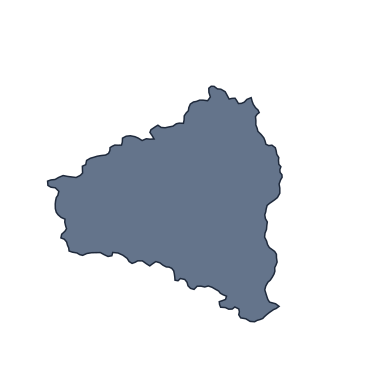 São Sebastião do Oeste, Minas Gerais, Brazil (Robinson projection), rotated 299°
{"feature_id": "56859067B21325416614515", "entity_name": "São Sebastião do Oeste", "entity_type": "district", "adm_level": 2, "iso_a3": "BRA", "parent_name": "Brazil", "parent_adm1": "Minas Gerais", "projection": "robinson", "projection_center": [-45.047, -20.253], "detail": "fine", "context": "isolated", "style": "filled", "palette": "slate", "viewbox_px": 384, "rotation_deg": 299, "n_neighbors": 0, "source": "geoboundaries", "source_scale": "gbopen_adm2", "svg_char_len": 3076}
<svg xmlns="http://www.w3.org/2000/svg" viewBox="0 0 384 384"><g transform="rotate(299 192 192)"><path d="M131.5,60.4L127.9,62.8L127.8,66.3L129.4,70.4L128.0,75.2L124.0,76.3L121.4,76.0L118.3,76.9L115.2,78.2L111.1,80.6L108.5,83.1L107.2,85.8L106.3,89.9L106.7,94.1L104.0,95.3L101.3,97.7L99.0,100.1L96.1,99.9L91.9,98.5L88.3,99.6L88.8,103.2L87.5,106.6L85.0,109.0L83.3,111.3L80.8,113.1L81.4,116.6L82.9,120.9L82.8,124.2L83.6,127.1L87.2,129.8L90.2,133.6L92.4,137.4L94.6,141.2L94.6,145.5L94.9,149.8L97.4,152.8L100.7,152.0L102.8,156.9L103.2,162.2L102.5,167.5L100.7,170.7L100.5,174.2L102.9,176.3L105.5,177.9L107.7,182.0L107.1,187.1L106.9,190.9L109.9,192.2L113.6,194.1L114.5,198.2L113.9,202.2L114.0,205.8L115.2,208.4L115.4,211.3L114.2,214.2L112.0,216.1L109.2,218.2L106.6,219.9L107.6,222.8L110.7,223.8L112.0,228.1L110.6,231.5L108.0,234.0L107.0,237.4L107.8,241.0L112.1,242.2L114.0,245.5L115.1,249.2L117.7,251.8L118.4,255.8L118.3,259.9L118.3,263.3L117.2,265.9L117.2,269.1L117.6,272.7L114.3,273.4L111.8,271.3L109.3,269.0L107.0,270.6L105.1,272.9L107.1,277.2L107.3,280.9L109.1,283.9L112.2,285.2L112.4,289.6L110.2,291.5L107.3,292.4L105.5,295.6L107.2,300.5L107.0,305.6L108.9,309.7L111.3,311.2L113.5,313.4L115.7,315.2L118.1,315.8L121.0,316.8L123.7,317.9L126.4,319.2L128.8,320.4L130.9,322.1L134.2,323.6L134.8,319.3L134.0,316.1L133.3,313.2L134.8,310.4L136.8,308.2L139.1,305.8L141.7,303.1L145.5,302.1L149.9,302.1L152.9,303.2L156.5,303.5L160.0,303.5L162.9,302.9L165.9,301.0L168.5,300.9L172.0,300.4L175.4,297.8L178.5,296.0L180.1,293.1L180.9,286.6L182.6,283.6L185.2,281.1L187.7,277.4L191.4,275.8L195.4,275.3L198.9,273.7L202.3,272.4L204.3,269.1L207.3,266.7L210.4,266.1L213.2,265.1L216.7,264.2L219.6,265.3L222.0,266.5L225.1,268.0L228.5,269.4L233.5,269.4L238.0,266.9L241.2,264.3L245.6,263.6L248.5,263.7L250.7,262.3L251.8,259.6L254.1,258.0L257.2,257.5L258.3,254.5L261.6,252.3L264.2,251.2L266.1,247.8L268.9,245.6L271.1,243.4L271.7,239.2L269.8,236.6L269.6,233.5L272.2,231.0L274.2,228.5L275.7,224.8L277.0,220.2L279.4,218.0L281.6,215.3L285.5,213.2L288.7,211.0L291.7,211.3L294.0,212.3L295.7,210.0L296.5,206.7L298.3,203.2L300.4,200.7L303.2,198.0L299.6,195.1L296.0,194.2L293.5,192.3L291.9,189.7L293.6,186.8L294.9,184.2L293.2,181.5L291.3,179.4L293.5,176.0L295.8,172.4L295.9,167.4L294.5,164.2L295.1,160.1L293.8,157.5L290.9,156.4L287.3,158.5L284.0,162.0L279.4,161.4L277.8,157.4L276.1,154.2L273.4,152.0L271.4,149.6L268.1,147.9L264.3,148.3L261.3,149.4L258.4,148.6L254.8,148.3L251.1,150.2L247.9,151.2L246.0,147.4L244.1,145.2L240.3,143.4L237.4,139.9L235.2,137.4L233.5,133.7L233.9,129.8L231.3,128.3L228.9,127.1L226.6,125.9L223.7,126.3L222.1,129.6L220.0,133.1L217.8,129.6L216.4,126.2L212.8,123.4L213.1,118.9L212.7,115.2L211.3,110.8L208.9,107.4L205.4,105.1L201.8,106.9L198.8,107.6L197.0,104.5L195.6,101.7L193.4,100.1L191.1,98.8L188.4,100.1L185.3,100.3L182.4,98.5L179.8,94.8L177.3,91.7L174.9,89.4L172.2,86.7L168.5,84.5L164.4,85.8L161.4,83.6L158.2,85.5L155.6,87.1L152.5,86.3L148.5,83.6L146.8,79.4L145.3,75.6L143.9,71.3L140.1,68.3L136.6,66.2L134.2,62.8L131.5,60.4Z" fill="#64748b" stroke="#1e293b" stroke-width="1.5"/></g></svg>